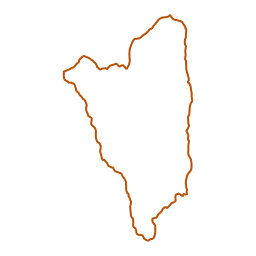 outline of Molagavita, Santander, Colombia
{"feature_id": "7082276B9574899495584", "entity_name": "Molagavita", "entity_type": "district", "adm_level": 2, "iso_a3": "COL", "parent_name": "Colombia", "parent_adm1": "Santander", "projection": "equal_earth", "projection_center": [-72.811, 6.635], "detail": "fine", "context": "isolated", "style": "outline", "palette": "amber", "viewbox_px": 256, "rotation_deg": 0, "n_neighbors": 0, "source": "geoboundaries", "source_scale": "gbopen_adm2", "svg_char_len": 5808}
<svg xmlns="http://www.w3.org/2000/svg" viewBox="0 0 256 256"><path d="M186.9,194.1L186.9,193.6L186.7,192.5L186.7,191.7L186.9,189.9L186.9,189.3L186.5,188.4L186.1,185.9L185.9,183.6L185.8,182.0L186.2,179.9L186.6,178.0L186.8,176.8L187.1,175.7L187.8,174.3L188.5,173.1L189.2,172.4L190.2,171.2L190.7,170.3L191.2,169.3L191.5,167.6L191.5,164.2L191.4,162.5L191.1,160.4L190.7,159.0L190.3,158.2L189.5,157.0L189.1,156.0L188.6,155.0L188.4,154.5L188.3,152.9L188.3,151.0L188.4,148.7L188.4,147.8L188.3,146.8L188.3,146.2L188.5,143.9L189.0,141.5L189.0,141.0L188.4,140.1L188.2,139.6L188.0,139.0L187.9,138.3L188.0,137.6L188.2,136.8L188.4,135.9L188.3,135.1L188.1,134.5L187.5,133.0L186.8,131.9L186.6,131.4L186.5,130.9L186.6,130.6L186.9,130.0L187.3,129.5L188.2,128.0L188.5,127.0L188.9,126.3L189.0,125.8L189.0,125.2L188.8,124.9L188.2,122.8L188.3,120.6L187.9,117.4L188.2,116.5L189.0,115.3L189.3,114.5L189.4,113.4L189.4,112.1L189.5,110.8L189.6,109.6L189.7,107.9L190.0,106.0L190.6,103.9L191.6,102.0L192.1,101.4L192.2,100.8L192.0,98.8L191.7,97.7L191.6,96.6L191.7,95.7L191.6,94.4L191.8,93.8L191.6,93.6L191.5,92.0L191.4,91.7L191.1,89.9L190.9,88.6L190.8,87.5L190.7,86.6L190.3,85.7L189.4,83.3L188.9,83.2L188.3,82.8L188.1,82.4L187.9,82.0L188.0,81.6L188.3,81.1L188.7,80.4L188.8,79.3L188.7,78.5L188.3,76.9L187.9,75.5L187.6,74.1L187.1,72.8L186.9,71.8L186.6,70.9L186.3,68.2L186.1,64.3L186.0,61.4L185.8,60.5L185.5,59.9L185.1,59.2L185.1,58.9L185.3,56.9L185.6,55.4L185.6,54.9L185.5,53.0L185.3,51.8L185.3,50.3L185.5,49.3L185.8,47.5L185.9,46.4L185.8,45.8L185.4,45.2L185.2,44.7L184.9,43.5L184.8,42.4L184.7,41.3L184.8,41.0L184.9,40.5L185.0,39.7L185.3,38.6L185.6,38.0L185.7,37.7L185.9,36.8L185.9,36.2L185.9,35.2L186.3,30.6L186.3,29.8L186.1,29.2L186.0,28.9L185.8,28.6L185.5,28.3L185.3,28.0L185.4,27.5L185.3,27.3L184.9,26.3L184.4,25.6L183.1,23.6L182.1,22.0L182.1,21.8L180.8,21.3L178.9,20.7L176.6,20.1L175.1,19.9L173.9,19.5L172.5,18.3L171.4,16.9L170.2,15.4L169.6,15.4L168.6,16.5L166.5,17.1L163.9,17.4L161.9,17.6L160.1,18.5L158.4,19.9L155.0,24.3L153.3,26.2L152.1,28.2L151.4,28.8L150.4,29.1L149.4,29.6L148.5,30.9L146.6,32.8L145.2,34.0L144.0,34.5L140.6,37.6L139.3,38.3L137.8,38.5L136.6,38.8L135.7,38.9L134.9,38.8L134.0,39.4L133.1,40.7L132.3,42.4L131.3,44.8L130.5,46.8L129.7,49.8L129.5,51.8L129.4,54.6L129.5,57.4L129.8,60.0L129.4,63.4L128.6,65.4L127.4,67.6L126.8,68.6L125.9,68.5L125.0,67.3L123.8,66.1L123.1,65.3L122.4,65.3L121.0,65.6L120.1,66.4L119.1,66.4L118.2,65.4L117.5,64.6L116.5,63.9L115.8,63.8L113.2,64.8L112.2,65.0L110.2,65.6L108.6,67.1L107.9,68.0L107.5,68.6L107.1,69.0L106.4,68.8L105.6,68.2L103.6,68.4L102.1,68.7L101.5,68.9L100.7,69.4L100.1,69.5L99.6,69.4L98.6,68.2L98.1,67.7L97.0,66.9L96.9,66.1L96.6,65.2L96.1,64.3L95.3,63.0L94.2,62.3L93.6,61.6L92.3,60.3L91.6,60.0L90.9,59.5L90.1,58.7L87.7,57.5L85.8,56.8L85.0,56.5L84.0,55.9L83.1,56.3L82.0,57.0L80.8,58.1L79.5,59.5L78.9,61.8L78.4,62.6L77.3,63.2L76.3,64.2L75.3,65.5L74.6,66.5L73.4,67.4L71.9,68.0L70.2,68.8L68.9,69.6L67.0,70.3L65.5,71.1L63.8,71.6L63.8,72.8L63.8,76.3L64.0,78.0L64.3,78.9L64.7,79.7L66.1,80.8L66.8,81.0L67.7,81.5L68.4,82.4L69.0,82.7L71.4,82.7L74.0,83.9L74.9,85.5L75.8,88.3L76.0,88.8L76.1,90.2L76.4,90.7L77.3,91.7L77.6,92.2L78.4,92.6L78.6,92.9L79.5,94.7L80.1,95.4L80.5,95.7L81.2,96.4L82.9,98.8L84.3,99.6L84.9,100.4L85.1,100.8L86.0,102.8L86.7,104.9L86.5,106.4L86.2,107.4L86.1,109.1L86.5,111.2L87.1,112.6L87.4,113.0L88.2,115.7L88.6,116.2L90.9,117.5L91.3,117.8L91.7,118.5L91.8,119.3L91.7,120.3L91.2,122.5L91.2,123.1L91.2,123.7L91.4,124.5L92.2,125.6L93.5,126.5L95.1,128.3L95.5,129.4L95.8,130.3L95.9,131.3L95.8,135.0L95.9,137.1L96.1,138.6L96.4,139.6L96.7,140.6L97.3,141.7L97.7,142.2L98.4,142.7L99.0,142.9L99.6,143.3L100.0,144.1L100.1,144.7L100.7,145.9L100.7,146.6L100.7,148.0L100.6,148.7L100.2,150.5L100.2,151.1L100.2,151.8L101.5,156.2L101.6,157.7L101.9,158.6L102.4,159.4L102.6,159.7L103.0,160.0L104.2,159.8L104.5,160.0L105.1,160.8L105.5,161.4L106.2,161.9L106.9,162.7L107.3,163.4L108.0,165.2L108.4,165.9L109.1,166.3L110.3,166.7L111.5,167.3L112.8,167.6L113.4,168.2L113.6,168.6L114.2,169.9L114.8,170.8L115.2,171.2L117.0,171.9L117.6,172.0L119.4,172.9L120.1,172.9L120.7,173.1L121.4,173.8L121.9,174.7L122.3,175.8L122.7,176.6L123.6,177.7L125.4,180.6L126.0,182.0L125.9,184.0L126.1,184.9L126.2,185.8L126.2,186.7L126.1,187.5L126.2,189.0L126.4,190.7L126.5,191.1L127.3,192.9L128.6,194.0L128.6,196.3L129.4,197.4L131.1,202.0L130.2,206.5L130.3,208.6L130.3,209.4L130.7,211.9L130.8,213.9L131.1,215.9L131.4,216.8L131.9,217.5L132.4,218.0L132.8,218.2L133.0,218.8L133.3,221.9L133.3,223.1L133.2,224.4L133.2,225.3L133.3,226.2L133.6,226.9L134.1,227.4L135.3,228.3L135.7,229.1L136.0,229.9L136.2,230.8L136.3,232.1L136.7,233.4L137.2,234.1L137.7,234.5L138.2,234.7L138.9,234.9L139.4,234.9L141.5,235.1L142.2,235.3L142.8,235.7L144.1,238.6L144.5,238.9L145.7,239.7L147.0,240.3L147.4,240.5L147.9,240.6L148.4,240.5L149.6,239.7L150.0,239.4L150.6,239.1L151.3,238.9L152.0,239.0L152.4,238.8L153.1,238.4L153.8,237.6L154.6,235.8L154.9,234.5L155.3,231.6L155.3,229.1L155.3,228.1L155.3,226.8L155.1,225.2L154.8,224.7L152.9,222.4L152.6,221.8L152.4,220.8L152.3,219.7L152.4,219.0L152.7,218.6L155.1,217.8L156.0,217.8L156.6,217.4L157.5,215.7L158.9,213.6L159.6,213.3L160.3,212.6L161.3,211.5L162.3,209.9L162.8,209.1L163.7,208.2L164.4,207.5L165.0,207.3L165.5,207.2L166.0,207.3L166.4,207.6L166.9,207.9L167.4,207.8L167.9,207.4L168.7,206.5L169.4,205.7L170.0,205.0L170.9,203.9L171.3,203.4L171.7,203.0L173.5,202.4L175.2,201.3L175.5,200.9L175.6,200.5L175.6,199.9L175.5,198.6L175.4,198.0L175.3,197.3L175.4,196.3L175.7,195.3L176.0,194.8L176.4,194.5L176.9,194.2L177.6,194.1L178.2,194.0L178.6,193.7L178.8,193.7L179.6,194.1L180.1,194.4L181.2,195.3L182.1,195.7L182.7,195.8L183.0,195.8L183.1,195.5L183.1,195.0L183.3,194.6L183.7,194.2L184.5,194.2L184.8,194.4L185.2,194.5L185.6,194.5L186.2,194.4L186.9,194.1Z" fill="none" stroke="#b45309" stroke-width="2"/></svg>